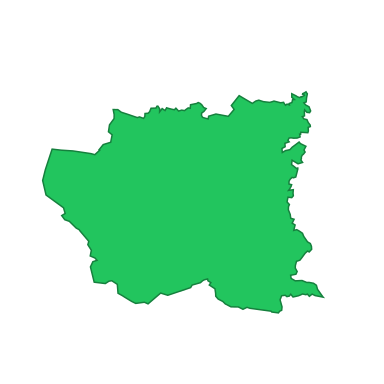 the district of Agloi Vavatsinias, Larnaca, Cyprus, rotated 281°
{"feature_id": "46923920B2556379432135", "entity_name": "Agloi Vavatsinias", "entity_type": "district", "adm_level": 2, "iso_a3": "CYP", "parent_name": "Cyprus", "parent_adm1": "Larnaca", "projection": "equal_earth", "projection_center": [33.198, 34.889], "detail": "fine", "context": "isolated", "style": "filled", "palette": "green", "viewbox_px": 384, "rotation_deg": 281, "n_neighbors": 0, "source": "geoboundaries", "source_scale": "gbopen_adm2", "svg_char_len": 3604}
<svg xmlns="http://www.w3.org/2000/svg" viewBox="0 0 384 384"><g transform="rotate(281 192 192)"><path d="M150.6,69.6L146.7,71.6L144.0,68.6L140.5,72.4L139.8,77.2L134.5,85.2L133.5,88.4L132.4,89.5L123.9,100.1L120.4,99.8L118.7,101.4L115.6,104.3L109.8,104.3L108.7,109.3L106.8,111.8L104.7,108.0L99.1,106.6L84.8,113.2L85.6,124.4L88.6,127.5L89.6,130.2L87.1,136.3L78.5,138.7L77.0,143.3L76.0,145.8L73.1,153.6L71.9,158.0L74.7,166.3L73.8,170.2L86.8,180.5L86.0,187.9L97.9,208.9L100.7,209.9L104.6,217.6L107.0,219.4L108.2,220.9L109.6,223.9L107.9,224.6L106.6,227.8L104.0,226.7L101.4,233.0L97.1,234.5L94.2,235.2L91.9,238.1L90.4,243.2L88.5,246.0L86.7,252.2L88.0,259.4L86.6,264.4L89.3,268.0L88.9,271.2L90.1,292.3L89.4,293.2L89.8,299.9L91.7,300.8L93.0,302.6L96.4,302.3L103.0,299.0L107.3,299.8L108.4,303.2L107.4,305.1L108.4,307.4L110.5,308.4L108.2,311.2L110.4,316.2L111.6,318.1L113.0,320.0L112.9,323.4L113.8,324.7L112.0,327.1L114.7,329.4L113.8,332.6L113.8,340.8L114.2,340.3L120.4,333.8L124.2,331.9L125.6,328.7L125.6,324.3L125.1,321.9L126.1,316.9L124.5,310.3L126.1,305.8L129.1,304.7L131.1,309.7L134.0,310.4L137.0,307.9L139.5,307.5L143.9,307.8L145.6,310.9L148.3,312.3L153.4,314.7L156.0,316.6L155.5,318.5L158.6,320.4L161.5,319.6L164.0,318.0L165.1,314.9L169.7,310.2L172.6,308.3L174.2,304.6L175.0,302.0L173.7,299.2L179.3,299.5L180.5,296.3L184.7,297.4L185.1,293.9L188.7,292.7L192.9,290.0L195.9,289.5L198.3,290.0L200.4,287.2L205.2,287.2L205.5,291.0L207.6,292.2L210.1,291.4L213.6,291.0L212.0,286.5L213.6,287.3L216.4,288.2L218.2,288.4L218.3,285.7L220.9,285.2L222.9,285.7L225.4,287.4L225.3,288.9L226.5,291.0L229.5,291.2L234.9,291.5L235.7,291.2L235.0,290.3L237.9,284.5L242.3,284.2L239.9,290.7L242.1,294.9L244.2,292.8L245.6,293.0L247.2,292.7L249.1,293.1L250.4,294.2L252.8,295.4L254.6,293.9L258.6,295.1L260.2,289.2L261.5,287.6L257.6,284.1L255.1,281.8L253.8,281.0L252.3,280.1L251.5,278.4L250.5,275.9L248.0,273.1L251.9,272.0L254.2,274.8L257.5,273.9L259.8,277.8L261.0,276.3L263.5,277.0L264.1,279.0L264.2,281.4L265.0,284.9L266.7,287.6L269.3,286.6L269.4,287.6L271.4,287.4L272.3,294.4L274.1,294.6L277.6,293.7L278.8,295.7L280.3,295.2L282.3,292.9L285.0,291.0L285.1,287.9L287.0,285.9L288.2,287.9L292.1,287.0L294.1,286.9L292.1,289.6L292.3,292.3L294.2,293.0L298.0,290.6L299.1,287.0L300.9,284.8L302.2,286.9L306.2,286.5L310.4,286.5L311.4,285.4L312.1,284.8L310.8,283.4L309.7,281.9L309.1,281.9L309.3,282.8L308.7,283.6L308.2,283.9L307.0,282.3L306.2,281.6L306.4,281.0L305.2,279.6L305.6,277.2L306.2,275.9L307.5,271.2L304.0,271.9L302.3,274.8L301.8,273.1L298.9,273.0L297.4,270.5L296.1,271.0L296.4,268.5L295.0,267.2L296.7,265.4L297.5,264.8L296.5,262.0L296.9,255.1L295.9,253.4L294.8,251.2L294.3,244.9L294.8,240.7L294.9,240.1L293.5,237.3L290.5,234.3L293.3,226.3L295.6,219.9L284.4,214.1L281.1,217.6L273.2,213.2L273.1,200.6L269.6,193.9L266.8,193.9L267.0,190.5L267.3,188.1L269.0,186.7L271.3,186.4L273.3,188.3L276.6,190.0L277.1,187.4L279.6,184.8L280.6,182.9L281.0,181.0L279.8,179.7L278.4,176.3L277.4,173.9L273.9,174.3L273.8,172.2L271.6,170.1L270.5,169.2L270.4,166.2L268.9,163.4L271.2,160.2L269.4,159.0L269.4,156.2L269.6,152.9L269.8,151.0L266.8,150.0L268.2,146.8L264.4,144.9L267.5,144.4L269.8,142.1L269.5,141.2L267.5,140.6L266.4,135.8L262.8,135.1L261.0,134.0L260.1,130.9L257.1,131.3L255.0,130.4L255.7,126.2L254.6,124.1L256.0,114.0L256.8,107.4L258.7,103.5L257.9,98.9L253.2,100.8L249.2,101.5L242.2,98.2L235.2,98.5L232.9,102.7L225.3,102.7L221.6,95.8L215.7,92.7L215.4,93.4L210.1,89.5L210.4,85.4L209.6,67.3L208.1,55.6L207.4,46.5L186.1,43.8L174.8,43.2L161.2,49.3L152.0,68.9L150.6,69.6L150.6,69.8L150.6,69.6Z" fill="#22c55e" stroke="#15803d" stroke-width="1.5"/></g></svg>